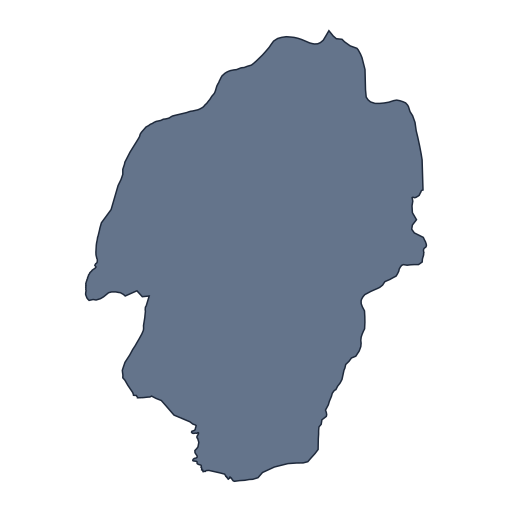 the district of Abra, Abra, Philippines
{"feature_id": "2640588B11393510524278", "entity_name": "Abra", "entity_type": "district", "adm_level": 2, "iso_a3": "PHL", "parent_name": "Philippines", "parent_adm1": "Abra", "projection": "mercator", "projection_center": [120.786, 17.564], "detail": "fine", "context": "isolated", "style": "filled", "palette": "slate", "viewbox_px": 512, "rotation_deg": 0, "n_neighbors": 0, "source": "geoboundaries", "source_scale": "gbopen_adm2", "svg_char_len": 5935}
<svg xmlns="http://www.w3.org/2000/svg" viewBox="0 0 512 512"><path d="M423.0,189.9L422.1,159.9L421.2,154.2L419.7,146.3L417.8,137.4L416.2,130.8L415.0,122.4L412.6,115.7L410.0,111.6L408.4,106.5L407.5,105.0L405.6,102.9L402.9,101.7L399.8,100.7L396.7,100.1L393.8,100.6L390.0,101.8L389.3,102.1L384.1,103.0L379.9,103.4L375.0,103.4L370.5,101.9L368.1,99.9L366.2,97.1L365.5,89.8L365.0,69.6L362.0,57.7L360.5,54.1L358.2,49.9L356.9,48.3L350.2,45.9L344.5,41.8L342.0,39.3L336.3,38.7L333.2,36.0L328.9,30.7L325.8,36.0L323.2,40.3L320.4,42.6L317.7,43.8L314.5,44.0L312.3,43.6L309.6,42.9L304.7,40.8L301.6,39.5L298.0,38.3L294.1,37.4L290.1,37.0L286.3,36.7L281.5,37.4L277.6,38.5L273.6,41.1L271.1,44.5L269.3,47.2L265.2,52.0L262.4,55.1L256.1,61.2L253.2,63.7L251.4,65.1L247.3,66.3L244.2,67.5L242.0,67.7L240.6,68.0L236.6,69.6L233.9,69.9L230.4,70.6L228.5,71.3L226.6,72.2L224.6,73.5L223.3,74.8L222.3,75.5L221.6,76.6L220.7,78.2L220.1,79.6L219.5,80.6L218.7,82.7L218.0,83.7L216.8,86.1L216.3,87.8L215.5,90.5L215.0,91.9L214.3,93.4L211.8,96.3L209.6,99.8L208.9,100.5L206.7,103.4L205.1,104.8L203.9,106.3L202.7,107.4L200.0,108.9L197.9,109.8L192.6,111.0L190.5,111.3L189.1,111.7L186.6,112.6L177.3,114.8L174.8,115.4L172.5,116.0L171.0,116.8L169.4,117.9L167.9,118.4L165.3,119.0L163.3,119.2L160.9,120.4L158.7,120.9L156.2,121.4L154.2,122.3L152.1,123.6L150.5,124.2L148.6,125.6L146.0,127.0L141.3,132.4L140.2,134.2L139.5,136.7L138.0,139.3L130.1,152.0L126.2,159.6L124.9,162.1L124.5,164.2L122.8,169.3L122.8,174.4L121.0,179.6L118.1,185.5L111.1,209.6L101.4,222.8L99.9,228.1L99.5,230.1L98.1,235.9L97.6,237.3L97.2,240.0L96.6,242.8L96.3,245.1L95.9,252.1L96.0,254.9L96.8,258.3L97.3,259.4L97.3,260.9L97.1,262.4L96.5,263.2L95.7,263.7L94.8,265.3L96.0,267.0L95.7,267.4L95.2,268.1L92.3,270.1L92.1,270.3L91.9,270.6L91.7,271.0L90.7,271.9L89.8,272.8L89.7,273.4L88.5,275.1L88.4,275.9L87.6,277.6L87.6,278.4L87.2,279.2L86.9,279.8L86.9,280.3L86.5,281.2L85.8,283.6L85.9,284.6L85.8,285.6L86.0,285.8L85.7,287.2L85.9,287.8L85.8,289.7L86.1,290.8L85.8,291.9L85.6,294.1L85.8,295.0L86.3,296.3L86.9,297.9L87.9,299.2L89.1,300.4L93.1,299.5L96.1,300.0L100.4,298.7L103.6,296.8L108.6,292.7L111.7,291.9L115.8,291.9L117.7,292.3L119.4,292.6L120.2,292.6L123.4,294.4L125.2,296.0L136.9,290.8L142.3,296.7L149.2,296.0L146.2,305.9L145.4,307.2L145.2,309.8L145.4,311.4L144.9,316.3L144.8,317.5L143.5,325.6L143.6,328.3L143.4,330.2L142.9,331.5L141.8,334.0L139.0,339.1L137.0,342.5L135.2,345.7L132.7,349.5L129.8,354.9L125.0,362.3L123.1,367.8L122.3,370.4L122.5,372.2L122.9,375.1L122.8,377.8L124.9,380.2L127.9,385.4L132.7,392.5L133.4,394.5L133.5,395.3L136.4,395.5L136.7,396.2L137.1,396.7L137.5,397.3L137.5,397.8L143.3,397.6L147.7,397.1L149.9,397.0L151.6,396.1L156.0,398.4L161.3,400.5L165.1,404.8L174.0,415.1L189.9,421.8L192.9,424.1L195.2,424.9L196.1,425.5L195.9,426.7L195.4,428.3L195.2,429.6L194.1,430.5L191.8,431.3L191.5,432.2L191.8,432.7L192.2,433.0L192.7,433.3L193.3,433.4L194.0,433.4L195.5,433.1L196.7,433.3L197.1,433.1L197.6,432.7L197.9,432.6L198.2,432.6L198.4,432.7L198.5,433.0L198.5,433.3L198.3,434.2L197.1,436.2L196.9,436.9L196.9,437.3L197.1,437.9L197.8,438.8L197.9,439.1L198.0,439.7L198.5,441.3L198.8,442.3L198.6,443.5L198.3,445.0L198.0,446.8L196.8,448.5L194.9,450.5L195.0,452.7L196.2,454.6L196.9,455.5L197.2,456.5L197.0,457.4L196.1,458.0L194.3,458.4L193.3,459.2L193.0,459.6L192.9,460.0L192.8,460.3L192.8,460.6L193.1,460.8L193.3,460.9L195.3,461.2L196.6,461.4L196.9,461.6L197.0,462.0L197.1,462.5L197.1,463.4L197.3,463.7L197.7,464.0L198.7,464.5L200.3,464.9L200.8,465.1L201.1,465.4L201.3,465.8L201.3,466.0L201.3,466.4L201.3,466.7L201.1,467.0L200.9,467.2L200.5,467.3L201.3,467.5L201.7,468.0L201.7,468.7L201.6,469.9L201.9,470.0L202.4,470.0L202.8,470.2L202.8,470.7L202.9,471.3L203.1,471.7L203.6,471.6L204.3,471.3L204.6,471.4L205.4,471.4L205.7,471.0L206.2,470.6L206.9,470.5L207.6,470.5L208.9,470.4L220.0,472.9L225.2,474.3L225.3,474.2L225.0,474.6L225.0,474.8L225.1,475.0L225.4,475.2L225.8,476.4L225.9,476.5L226.0,476.5L226.2,476.4L226.4,476.5L226.6,476.7L226.7,476.8L226.8,477.4L226.8,477.5L227.3,477.7L227.4,477.9L227.8,478.6L228.0,478.8L228.1,479.1L228.3,479.2L228.6,478.8L229.3,478.4L229.7,478.0L229.8,477.9L229.6,477.6L229.7,477.4L229.9,477.5L230.1,477.8L230.4,477.7L230.5,477.5L230.5,477.4L230.9,477.7L231.0,478.1L231.3,478.3L231.5,478.3L231.6,478.5L232.1,479.4L232.6,480.1L232.8,480.2L233.0,480.6L233.2,480.8L234.4,481.3L239.6,480.6L244.7,480.3L249.2,479.5L252.7,479.3L258.0,477.7L262.5,472.5L274.4,467.0L287.9,463.6L296.4,463.0L303.2,462.9L307.8,461.7L311.1,457.9L314.9,453.7L318.1,449.5L318.3,438.8L318.6,434.1L318.6,430.9L318.9,427.2L319.3,426.5L321.2,424.3L321.9,419.8L326.3,416.4L326.7,414.7L326.3,412.4L325.5,410.1L328.3,404.9L329.4,401.2L331.4,396.4L332.3,393.2L334.3,390.5L335.9,389.6L337.6,386.2L340.1,383.0L342.0,379.4L344.0,370.1L344.9,368.1L345.7,364.5L349.0,361.3L351.4,358.0L355.8,356.2L359.2,351.0L360.8,346.6L361.1,343.3L360.8,340.3L361.2,337.0L362.2,334.0L363.5,331.0L364.6,328.8L364.9,322.2L364.8,316.7L364.5,310.9L362.4,306.9L361.2,303.7L361.1,300.9L361.6,299.2L362.6,297.4L363.2,296.5L364.8,294.6L367.1,293.4L370.8,291.4L375.3,289.4L377.4,288.5L379.7,287.4L382.6,285.1L384.8,281.7L387.9,280.3L389.8,279.5L393.2,277.6L396.1,276.1L397.5,273.8L398.8,271.1L399.2,269.1L400.3,267.1L401.6,265.4L403.3,264.6L407.2,265.2L410.3,264.8L413.8,264.6L418.5,264.6L422.2,262.0L422.4,259.1L422.8,257.6L423.5,255.4L423.7,254.1L423.6,253.4L423.9,252.7L423.7,252.0L423.5,250.7L423.5,249.8L423.7,249.2L424.2,248.3L425.9,247.0L426.4,245.7L426.3,244.3L425.4,241.6L424.6,240.2L423.3,237.4L414.3,232.9L411.7,229.2L412.4,225.0L416.5,219.7L412.4,212.7L412.0,205.9L412.8,201.2L412.1,197.6L412.3,197.4L413.3,197.3L414.5,197.7L415.0,197.7L415.3,197.5L415.7,197.4L416.1,197.3L416.8,196.8L417.7,196.4L418.1,196.1L418.4,195.8L418.8,195.6L419.2,195.3L419.3,195.1L419.6,194.3L419.8,194.1L420.2,193.1L420.6,192.6L421.1,191.2L421.5,190.6L422.1,190.2L422.3,190.2L422.9,189.9L423.0,189.9Z" fill="#64748b" stroke="#1e293b" stroke-width="1.5"/></svg>